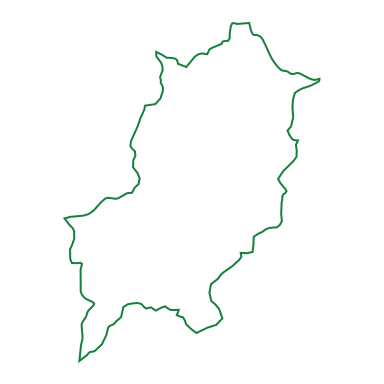 an SVG outline of Louangphrabang
{"feature_id": "LAO-3289", "entity_name": "Louangphrabang", "entity_type": "Province", "adm_level": 1, "iso_a3": "LAO", "parent_name": "Laos", "parent_adm1": "", "projection": "albers", "projection_center": [102.548, 20.095], "detail": "fine", "context": "isolated", "style": "outline", "palette": "green", "viewbox_px": 384, "rotation_deg": 0, "n_neighbors": 0, "source": "natural_earth", "source_scale": "10m", "svg_char_len": 2685}
<svg xmlns="http://www.w3.org/2000/svg" viewBox="0 0 384 384"><path d="M249.2,23.0L250.6,29.2L251.7,32.1L252.4,33.5L253.1,34.6L254.3,35.1L256.5,34.8L260.3,36.5L262.6,39.2L266.1,46.5L270.8,56.8L273.6,61.6L277.9,67.0L280.2,69.2L281.1,69.9L282.7,70.6L285.5,71.0L287.0,71.3L288.3,72.0L290.3,73.5L291.8,74.0L293.6,74.0L294.7,73.7L296.5,73.1L297.9,73.0L300.3,73.7L308.9,78.3L313.1,79.7L314.7,79.9L315.5,79.9L319.4,78.8L319.5,79.7L319.2,80.6L318.8,81.4L310.9,85.6L302.2,88.5L298.4,90.5L294.9,93.0L293.0,99.6L292.4,107.3L293.2,117.0L291.1,126.4L287.5,130.5L289.4,135.0L292.4,139.4L295.1,140.3L297.9,140.4L297.0,142.7L295.9,144.7L296.7,150.5L296.5,156.8L293.4,161.1L283.1,171.3L278.1,178.9L280.1,182.7L285.5,189.2L286.5,191.3L285.0,193.2L283.2,194.5L282.2,196.7L282.3,199.1L281.6,202.7L281.2,214.2L281.9,221.1L280.0,224.7L277.0,227.3L269.4,227.9L265.7,229.4L262.4,231.8L257.8,234.0L253.7,236.8L253.5,244.4L252.5,252.0L246.9,253.2L240.7,252.9L241.4,256.7L239.4,259.7L232.4,266.1L223.4,272.4L220.4,275.3L217.9,278.8L211.0,284.2L209.4,292.7L211.3,301.0L215.6,304.7L219.2,309.2L222.4,318.4L216.0,325.0L207.6,327.6L196.5,333.0L191.1,329.0L186.2,324.3L184.9,320.6L183.0,317.3L179.9,316.5L176.7,315.1L177.9,312.5L178.7,309.8L174.3,310.1L170.0,309.7L167.4,308.1L165.2,306.3L160.8,307.9L155.8,310.6L151.1,307.4L145.9,308.5L143.5,306.4L141.4,304.0L137.6,303.0L133.6,303.3L128.0,304.2L123.4,307.0L121.1,317.0L118.9,319.1L116.4,321.0L114.8,323.2L112.7,324.8L109.7,325.8L108.0,328.0L106.5,334.7L101.9,344.3L94.4,351.3L89.8,352.1L88.4,353.4L87.0,355.1L83.8,357.5L79.4,361.0L81.0,345.2L82.3,339.8L82.6,336.6L81.7,327.0L81.7,323.9L82.7,321.8L86.2,316.4L87.0,313.3L88.2,310.8L93.3,305.5L94.3,303.9L92.8,302.1L86.8,299.3L84.5,297.8L82.6,295.6L81.4,293.5L80.7,291.2L80.6,269.6L82.0,264.0L80.6,262.8L76.2,263.2L71.9,263.0L70.2,258.9L70.1,249.1L71.6,246.1L74.3,238.7L74.1,231.0L72.5,227.9L70.0,225.6L67.8,222.7L64.5,218.4L70.6,216.8L83.0,215.7L88.4,214.2L93.5,210.7L101.4,201.9L105.1,198.7L107.8,197.8L116.1,198.8L118.6,198.1L127.1,193.2L132.1,192.7L134.6,187.7L138.6,184.0L139.7,178.5L137.6,173.2L133.0,167.2L133.3,160.3L135.4,155.9L135.0,151.4L132.4,149.0L130.4,146.1L130.9,141.3L137.5,126.7L140.5,118.0L144.4,109.5L144.9,105.7L155.3,104.1L160.5,98.4L162.8,90.9L163.0,87.7L162.0,84.9L160.7,82.8L160.9,80.7L160.1,76.8L162.6,70.4L162.5,66.9L161.2,62.8L156.3,56.3L156.2,51.9L161.7,54.6L166.6,57.7L171.1,57.9L175.5,58.7L177.3,60.6L178.0,63.8L186.3,67.0L195.0,56.5L198.3,54.3L202.1,53.4L207.2,54.2L209.6,49.3L211.7,48.0L221.8,43.8L222.0,42.9L222.6,41.6L223.9,41.2L228.3,40.7L229.7,38.1L229.7,33.9L230.8,26.2L232.3,23.2L234.6,23.2L237.0,24.0L249.2,23.0L249.2,23.0Z" fill="none" stroke="#15803d" stroke-width="2"/></svg>